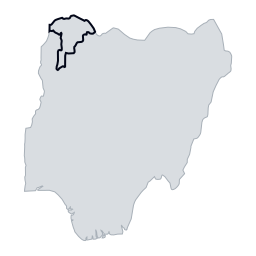 location of Sokoto within Nigeria
{"feature_id": "NGA-2871", "entity_name": "Sokoto", "entity_type": "State", "adm_level": 1, "iso_a3": "NGA", "parent_name": "Nigeria", "parent_adm1": "", "projection": "equal_earth", "projection_center": [5.256, 12.709], "detail": "fine", "context": "in_parent", "style": "outline", "palette": "ink", "viewbox_px": 256, "rotation_deg": 0, "n_neighbors": 0, "source": "natural_earth", "source_scale": "10m", "svg_char_len": 4833}
<svg xmlns="http://www.w3.org/2000/svg" viewBox="0 0 256 256"><path d="M213.6,19.4L221.7,34.0L223.5,44.9L224.2,50.2L225.5,50.9L228.0,51.2L229.8,52.2L230.9,54.0L231.6,55.7L231.7,56.7L231.3,63.2L230.7,65.5L231.1,68.7L231.0,70.1L230.7,71.1L229.7,72.1L228.2,73.2L224.6,76.3L223.6,76.8L222.1,76.8L220.8,77.6L219.2,79.3L216.0,85.5L213.2,91.8L211.1,102.0L208.7,105.1L208.2,108.0L207.9,114.3L207.5,116.2L207.1,116.8L204.4,118.0L202.8,119.5L201.9,122.3L200.8,132.1L200.4,133.7L199.5,135.4L198.1,137.3L196.9,138.3L193.8,139.0L190.9,146.3L190.9,147.6L189.6,154.3L187.3,159.3L187.2,162.6L184.4,167.0L182.9,170.1L184.4,173.2L184.6,173.7L179.7,179.1L179.4,179.9L179.2,183.6L178.8,184.6L177.9,185.9L176.6,187.4L175.2,188.6L173.7,189.4L172.3,189.7L171.4,189.2L171.0,188.1L170.1,183.6L169.7,182.6L168.7,181.7L164.9,176.7L162.6,175.0L162.1,175.1L161.8,175.6L161.1,178.1L160.5,179.0L159.3,179.3L157.2,179.4L155.6,179.0L155.3,178.5L154.5,176.6L149.9,181.1L148.2,182.1L146.1,187.5L143.2,190.2L141.1,192.5L135.7,199.8L134.6,202.0L133.5,205.2L131.2,218.9L127.4,227.5L126.9,229.4L126.7,229.3L126.2,230.1L124.7,229.6L124.1,228.0L123.2,227.7L121.6,225.4L121.3,225.8L122.9,231.7L122.3,234.0L117.7,234.1L113.7,234.9L111.0,234.8L109.6,234.0L109.0,231.7L108.7,232.0L108.6,233.1L107.7,234.1L104.7,234.3L103.3,232.7L102.2,231.0L101.0,230.3L101.2,231.0L102.5,232.7L102.4,235.0L99.9,237.8L98.3,238.0L97.4,236.8L96.9,234.8L96.6,232.0L95.9,230.1L95.6,230.1L96.0,233.2L96.0,236.1L97.2,238.4L95.4,239.1L93.2,239.2L93.0,238.3L92.7,236.4L92.3,236.0L91.9,239.1L87.4,240.0L86.8,239.9L86.6,239.3L87.0,238.4L86.9,237.0L85.9,238.1L85.8,240.3L85.2,240.6L83.5,240.3L81.6,239.2L78.6,236.4L74.9,231.9L74.3,229.9L73.3,227.4L71.4,220.6L71.7,220.2L72.6,220.6L73.0,220.0L71.4,219.5L71.1,219.0L71.0,217.5L71.1,215.6L73.4,214.7L74.0,213.5L74.3,212.4L71.4,214.1L68.7,212.2L68.1,211.0L68.4,210.1L71.5,210.0L72.6,209.2L72.0,208.9L70.8,208.9L70.3,208.3L70.4,206.9L70.0,207.2L69.5,208.5L67.7,209.4L66.6,208.5L66.5,206.4L66.3,205.5L65.4,204.8L62.2,199.4L58.2,194.9L54.7,191.8L49.4,190.3L38.2,190.4L37.6,190.0L38.2,189.2L39.2,188.8L42.8,186.3L42.2,185.9L38.5,187.5L37.2,187.7L35.5,190.7L24.5,191.3L24.6,189.9L25.1,186.0L25.7,183.3L25.0,179.9L24.8,176.9L25.3,176.0L25.5,174.9L25.4,167.2L25.9,166.0L26.0,165.3L24.8,162.0L24.8,159.5L24.6,157.0L24.3,155.9L24.7,146.5L24.6,144.2L24.9,142.6L25.1,138.5L25.1,134.6L25.9,128.3L30.6,127.5L31.7,125.0L32.4,121.9L32.2,118.9L33.7,116.2L35.6,113.8L35.5,111.2L36.0,110.4L36.9,109.8L38.1,109.5L39.5,108.2L40.3,105.9L41.1,102.2L39.9,99.7L39.9,99.1L40.4,97.8L41.1,96.4L41.7,96.0L43.1,96.3L43.5,95.8L44.4,91.8L44.3,90.7L43.1,88.0L42.4,80.7L42.0,79.8L41.0,78.4L38.4,73.3L38.5,70.9L39.6,67.8L40.3,66.3L41.3,65.5L41.5,64.7L41.2,63.9L40.7,63.2L40.6,61.8L41.1,59.9L41.0,57.8L41.2,46.8L43.4,44.7L46.5,41.1L48.0,37.4L48.9,34.6L49.9,25.2L51.6,24.2L54.7,20.8L58.9,18.8L61.6,18.2L66.4,18.6L68.9,18.2L71.0,16.4L71.9,15.9L73.2,15.5L85.2,20.4L86.3,20.2L87.2,20.5L88.7,21.8L92.2,26.3L95.9,33.4L97.1,34.9L98.3,35.7L99.4,36.0L100.3,35.9L101.2,35.2L102.3,33.8L104.1,33.2L105.5,33.4L113.0,28.0L113.7,27.9L118.3,29.1L124.6,34.5L129.7,38.0L133.3,39.2L137.5,40.0L144.7,40.3L150.1,32.7L152.1,31.1L154.5,29.6L159.5,28.2L167.9,27.2L175.7,27.6L180.6,28.9L185.7,31.4L188.0,33.8L191.5,34.1L194.0,33.7L194.8,31.3L197.2,28.3L201.0,25.4L204.0,23.4L206.5,22.5L208.7,20.2L210.5,19.5L213.6,19.4ZM104.9,237.3L103.2,238.0L102.1,237.9L103.7,234.7L104.4,235.4L105.4,235.7L104.9,237.3Z" fill="#d9dde1" stroke="#a8b0b8" stroke-width="1"/><path d="M73.7,15.4L74.3,15.5L79.2,18.1L84.1,20.6L84.4,20.9L84.5,20.9L85.6,20.1L86.0,20.0L86.9,20.3L87.2,20.4L88.4,21.3L90.8,24.3L93.7,28.4L95.1,31.8L94.2,32.7L92.9,33.7L91.2,33.7L89.5,33.2L89.2,32.8L88.9,32.4L88.6,32.2L88.3,32.1L87.9,32.1L87.1,32.1L86.9,32.4L86.8,32.9L86.7,33.6L86.6,34.5L86.1,34.7L85.4,34.3L84.2,34.5L83.1,35.3L82.9,36.0L83.2,40.0L82.7,41.2L82.1,41.6L81.4,41.9L77.5,42.3L76.6,43.3L76.0,44.6L75.1,46.1L74.3,46.9L74.2,48.4L74.5,50.1L74.6,52.0L73.7,53.2L68.4,53.5L65.9,52.9L65.2,55.7L65.1,66.7L64.7,66.9L64.4,67.0L64.2,66.6L63.9,66.4L63.7,66.5L63.2,66.4L62.9,66.3L62.5,66.4L59.2,68.4L58.6,69.4L57.8,70.0L57.1,69.6L56.5,68.8L56.7,66.6L57.4,64.4L58.0,60.7L57.9,51.8L58.5,50.3L59.8,49.9L61.0,50.4L61.7,49.9L61.8,48.1L61.3,44.4L61.4,43.5L61.5,42.6L61.7,40.9L61.3,39.5L60.7,38.2L60.8,37.2L61.0,36.3L61.1,36.0L61.2,35.7L61.2,35.2L61.2,34.8L61.5,34.1L61.5,33.4L61.2,32.9L60.8,33.1L60.5,33.6L60.2,34.2L59.7,34.7L59.0,34.6L58.4,34.2L57.8,33.7L57.2,33.4L56.6,33.2L55.4,32.6L54.3,31.8L53.8,31.1L53.3,30.5L52.7,30.7L52.1,31.1L50.9,30.9L49.6,30.9L49.5,31.0L49.5,30.4L49.6,24.8L50.7,24.8L51.2,24.7L51.7,24.3L54.4,20.9L55.2,20.2L56.2,19.7L58.2,19.0L61.7,17.9L62.2,17.8L62.6,18.1L63.0,18.6L63.4,18.8L64.4,18.9L66.2,18.4L68.6,18.6L69.2,18.4L69.4,18.3L70.0,17.8L70.2,17.5L70.5,16.6L70.7,16.3L71.2,15.9L73.7,15.4Z" fill="none" stroke="#020617" stroke-width="2"/></svg>